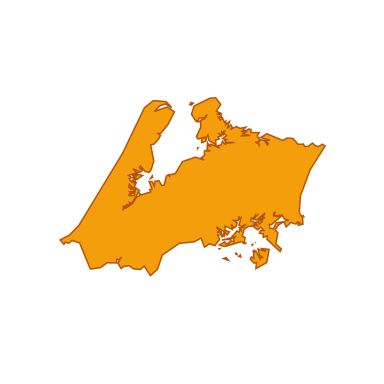 the district of Rodney Local Board Area, Auckland, New Zealand, rotated 60°
{"feature_id": "76426892B62509674219060", "entity_name": "Rodney Local Board Area", "entity_type": "district", "adm_level": 2, "iso_a3": "NZL", "parent_name": "New Zealand", "parent_adm1": "Auckland", "projection": "equal_earth", "projection_center": [174.565, -36.497], "detail": "fine", "context": "isolated", "style": "filled", "palette": "amber", "viewbox_px": 384, "rotation_deg": 60, "n_neighbors": 0, "source": "geoboundaries", "source_scale": "gbopen_adm2", "svg_char_len": 6158}
<svg xmlns="http://www.w3.org/2000/svg" viewBox="0 0 384 384"><g transform="rotate(60 192 192)"><path d="M192.9,87.5L179.0,98.0L179.1,105.5L186.0,98.5L184.1,103.1L187.7,101.8L188.4,101.9L189.0,103.1L183.3,103.6L181.3,106.3L181.6,109.0L183.3,110.1L184.5,109.9L185.1,110.5L182.0,109.8L182.4,111.2L180.3,112.2L181.8,110.5L180.8,107.1L176.0,107.5L174.2,104.1L170.0,111.3L167.3,109.6L165.7,111.7L167.8,117.9L169.3,117.7L169.8,116.1L170.6,115.1L171.5,114.5L168.2,121.1L165.5,115.0L164.5,119.3L162.8,113.1L160.9,118.6L157.4,121.0L157.2,127.6L156.5,124.8L153.3,124.8L154.7,129.7L149.7,124.3L150.6,129.1L147.6,127.3L148.0,129.1L143.2,128.6L143.8,131.6L140.4,131.7L142.3,129.2L139.6,128.1L137.1,131.8L138.2,127.6L134.2,130.5L130.5,123.3L122.2,124.4L119.7,129.7L118.6,147.3L124.4,153.6L133.9,153.1L131.6,153.0L133.7,152.3L134.0,151.4L133.2,151.5L131.6,148.9L133.8,144.4L132.5,140.0L134.8,144.0L134.3,148.5L140.5,152.3L146.2,160.5L149.1,160.3L150.2,156.6L154.1,159.0L154.9,155.0L153.0,152.8L150.5,155.5L150.3,155.1L151.9,152.1L150.6,149.7L155.8,151.6L163.2,147.6L158.9,145.7L159.6,142.0L157.1,141.9L158.2,138.4L155.3,139.3L157.7,136.7L157.0,136.4L155.5,136.6L155.0,136.3L157.7,136.3L156.1,135.2L156.2,134.8L155.7,134.5L155.8,133.9L155.5,133.6L155.6,133.2L156.9,135.1L160.5,133.9L161.1,138.8L163.7,135.9L163.7,138.1L167.1,136.7L168.7,132.9L169.4,131.9L169.7,131.9L169.7,131.5L169.9,131.4L167.8,136.3L165.8,138.2L167.3,138.8L167.5,139.5L163.3,140.3L165.7,143.1L164.9,146.5L166.8,146.6L159.8,152.0L160.2,154.1L162.2,152.5L160.8,154.2L157.0,153.9L162.8,157.8L165.6,155.6L162.6,160.7L166.5,162.9L167.0,167.0L170.4,165.4L163.5,171.7L160.9,185.1L167.7,197.3L165.7,203.5L167.9,203.6L165.2,203.7L165.4,206.2L172.1,212.8L171.2,215.0L165.8,214.9L164.1,218.6L167.9,221.6L162.9,221.3L161.6,223.9L169.4,225.2L168.8,227.5L171.3,227.7L169.0,237.7L166.9,238.1L169.0,239.4L168.8,242.9L172.5,249.9L170.4,251.5L172.1,251.6L172.8,253.5L170.4,254.8L172.7,254.7L172.8,257.8L172.0,258.5L170.9,256.6L170.4,258.5L172.6,259.8L172.7,260.4L170.1,258.6L170.8,256.4L172.4,257.9L172.5,255.0L170.7,255.6L170.1,254.8L172.3,252.3L169.7,251.4L171.9,250.0L164.4,236.8L160.3,238.7L166.1,243.8L163.9,248.1L163.5,248.1L163.8,246.7L163.5,246.1L163.1,247.1L162.3,248.1L163.5,244.4L160.8,245.8L162.8,241.1L159.9,240.4L159.8,241.7L158.8,242.4L159.0,242.6L159.0,243.0L158.5,244.6L158.4,242.2L158.3,243.2L157.4,244.1L158.1,242.2L159.6,241.4L158.1,241.7L156.4,244.3L154.0,242.4L159.8,240.8L156.2,235.9L156.0,237.6L153.1,238.0L155.2,236.1L152.1,234.1L153.6,233.3L153.0,226.5L149.6,230.0L153.2,239.5L149.2,239.8L149.3,237.2L145.8,238.7L148.0,229.5L147.2,230.3L142.3,231.6L149.0,226.7L148.4,223.8L144.6,225.6L144.2,224.0L143.6,223.8L143.6,223.7L150.9,222.3L153.5,219.3L152.8,216.9L146.3,209.7L130.5,204.2L131.6,201.0L129.5,194.6L127.2,191.0L124.3,192.1L125.6,189.7L121.7,179.4L113.8,167.1L106.1,170.9L103.4,184.2L101.3,176.8L102.4,171.0L108.9,167.3L100.7,169.3L93.5,179.9L95.2,191.0L123.6,232.5L164.3,306.6L168.0,319.4L167.6,330.2L173.3,329.1L172.2,326.7L174.7,324.4L174.0,320.2L179.9,314.8L207.9,318.6L211.7,309.1L210.9,300.8L215.8,292.6L212.6,290.9L214.2,289.2L213.1,285.7L216.7,291.8L222.9,291.6L222.2,288.1L224.7,283.1L229.3,281.1L233.4,275.3L232.2,270.5L243.6,269.8L241.8,260.7L231.8,249.3L230.1,228.8L236.3,214.9L236.4,207.2L246.0,208.8L245.6,202.7L249.9,199.1L246.8,191.7L242.1,191.3L243.8,188.0L241.1,186.6L239.9,190.0L239.4,190.0L239.3,187.4L235.8,188.5L235.1,187.9L242.7,183.8L245.6,188.7L246.4,185.9L243.6,183.4L246.8,183.0L245.2,179.6L241.5,182.5L238.1,180.3L244.6,175.8L239.4,173.8L244.1,173.9L243.9,170.9L241.4,168.4L237.6,170.0L239.9,166.4L236.5,163.4L238.9,164.4L238.7,162.4L244.3,168.0L247.2,165.4L246.6,163.9L247.0,162.5L248.3,165.8L246.5,168.9L249.5,168.4L250.3,168.8L248.4,169.5L250.3,171.4L248.2,172.5L251.2,181.4L248.9,188.7L252.2,182.9L252.2,175.7L253.0,179.2L256.2,180.3L253.8,182.6L255.3,186.9L254.2,185.5L254.3,188.6L251.5,188.6L251.6,194.8L255.6,190.9L259.7,174.0L262.9,172.7L263.5,170.4L262.0,172.2L258.1,168.8L255.4,170.5L250.6,165.7L249.8,160.8L252.0,156.4L250.0,152.7L246.3,155.4L244.2,153.7L245.8,152.6L243.9,148.9L245.2,149.5L244.1,145.7L246.3,152.6L248.8,149.7L246.8,139.2L249.7,144.7L249.3,149.1L250.5,144.8L249.5,142.4L250.5,142.1L251.2,147.1L252.4,145.8L252.7,146.1L253.4,149.7L251.1,149.0L250.0,151.9L253.8,152.4L251.7,153.5L253.5,155.8L257.6,153.9L256.8,150.1L261.2,149.0L259.6,152.0L261.3,154.2L264.0,151.2L266.9,153.1L267.7,148.7L270.5,150.7L287.7,145.5L286.1,143.1L278.9,145.4L270.5,138.1L266.3,138.8L263.8,133.8L263.6,127.4L260.8,134.4L264.5,139.9L262.5,142.6L258.7,141.2L260.0,139.5L257.7,127.5L253.9,132.9L253.6,133.0L252.9,133.0L252.7,132.9L251.9,132.5L250.9,131.0L251.1,130.3L253.6,133.0L257.2,125.4L261.3,125.7L265.0,122.3L263.5,125.1L264.7,127.5L269.3,127.9L267.8,121.6L271.8,118.0L270.5,115.3L272.8,114.0L272.3,115.7L273.9,116.7L275.4,112.1L269.4,109.0L263.5,109.4L249.6,100.1L231.7,78.4L218.7,53.8L215.8,55.2L216.0,59.3L213.7,62.1L209.9,63.1L210.5,68.6L208.7,71.8L206.2,71.5L203.9,76.2L196.1,77.8L192.7,82.9L192.9,87.5ZM280.3,153.9L276.0,159.7L280.6,157.7L274.4,163.4L280.9,165.1L284.5,163.1L282.9,164.7L284.3,166.4L275.3,166.2L275.4,167.4L273.7,167.0L273.5,168.3L280.5,171.5L277.9,173.0L279.3,175.1L284.6,173.9L285.3,171.4L290.3,175.0L290.5,162.6L280.3,153.9ZM269.4,194.6L266.0,195.1L265.4,198.0L269.4,194.6ZM115.7,146.5L114.0,148.1L115.1,150.2L116.3,149.5L115.7,146.5ZM149.5,234.5L148.6,231.2L147.5,235.3L149.5,234.5ZM159.7,218.8L158.1,218.3L159.6,221.1L159.7,218.8ZM272.7,182.2L270.7,181.6L271.1,183.7L272.7,182.2ZM269.6,184.2L267.3,184.1L267.3,184.6L269.6,184.2ZM162.8,243.7L164.1,243.2L163.8,242.3L162.8,243.7ZM269.3,107.6L268.1,107.5L268.4,108.6L269.3,107.6ZM134.4,150.4L133.3,150.7L134.4,150.8L134.4,150.4ZM149.9,235.8L150.9,236.3L150.4,235.0L149.9,235.8ZM248.5,189.8L249.1,189.2L248.9,189.0L248.5,189.8ZM157.1,165.4L156.8,164.7L156.6,165.1L157.1,165.4ZM254.4,197.8L255.1,196.6L255.0,196.2L254.4,197.8ZM267.5,166.3L268.2,166.5L267.8,165.6L267.5,166.3ZM267.0,184.7L266.2,184.9L267.2,185.0L267.0,184.7ZM134.9,150.7L134.7,150.2L134.4,151.1L134.9,150.7ZM267.7,162.2L267.1,162.5L267.8,162.2L267.7,162.2Z" fill="#f59e0b" stroke="#b45309" stroke-width="1.5"/></g></svg>